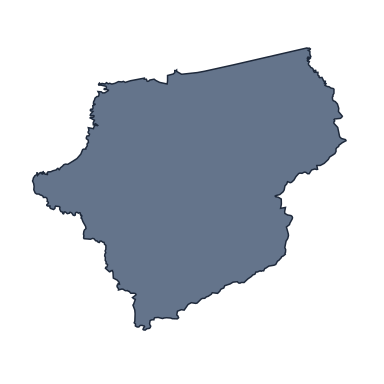 Tuy Duc, Đắk Nông, Vietnam (Robinson projection), rotated 85°
{"feature_id": "81297802B14510014839166", "entity_name": "Tuy Duc", "entity_type": "district", "adm_level": 2, "iso_a3": "VNM", "parent_name": "Vietnam", "parent_adm1": "Đắk Nông", "projection": "robinson", "projection_center": [107.388, 12.134], "detail": "fine", "context": "isolated", "style": "filled", "palette": "slate", "viewbox_px": 384, "rotation_deg": 85, "n_neighbors": 0, "source": "geoboundaries", "source_scale": "gbopen_adm2", "svg_char_len": 5941}
<svg xmlns="http://www.w3.org/2000/svg" viewBox="0 0 384 384"><g transform="rotate(85 192 192)"><path d="M167.1,349.9L169.8,349.0L172.7,348.8L176.0,349.4L179.3,348.3L180.4,347.0L180.8,344.4L181.8,343.4L182.1,342.2L183.3,340.8L184.5,340.5L184.6,338.2L185.4,337.2L187.3,336.7L188.7,337.2L189.6,336.1L190.3,336.0L191.0,336.4L192.1,337.8L192.8,337.8L193.4,337.0L193.6,334.7L195.1,334.9L196.0,334.4L197.4,331.4L196.4,330.0L194.9,329.7L194.2,329.1L194.9,325.6L195.6,324.9L197.6,325.3L200.0,324.4L200.7,322.9L202.1,322.6L202.6,322.1L202.4,321.6L200.7,321.0L200.9,319.8L202.7,318.1L202.4,316.0L201.6,315.5L201.6,314.9L202.5,313.6L204.7,312.4L205.2,311.3L204.8,310.3L202.9,310.0L202.2,309.2L202.2,308.3L203.2,307.0L202.8,305.9L203.2,305.1L204.5,305.2L205.7,304.1L206.0,304.7L207.0,304.0L208.2,304.8L208.8,304.1L211.9,303.3L217.0,301.0L219.2,300.8L220.5,302.5L221.9,303.2L224.6,303.8L226.0,303.5L228.3,304.0L229.1,303.6L230.2,297.2L229.6,295.3L229.9,293.8L232.2,292.2L232.4,290.9L233.3,290.5L234.2,289.0L234.2,288.6L233.0,288.0L232.9,286.8L234.3,285.1L234.5,284.0L236.5,283.7L237.6,282.5L238.2,282.5L241.5,282.8L243.1,283.7L245.1,283.2L246.1,284.1L248.1,284.6L249.4,284.0L252.6,284.4L254.0,283.6L255.9,283.9L256.6,282.7L257.2,282.4L259.3,283.3L259.4,284.4L260.4,284.9L264.3,281.2L264.2,280.4L263.3,279.4L263.3,278.2L263.9,278.4L264.8,277.7L270.9,277.9L273.2,274.3L275.4,272.6L276.3,272.4L277.4,272.3L276.8,273.6L278.0,274.0L278.2,274.6L278.7,274.8L279.9,274.9L282.1,273.6L283.2,273.8L282.6,270.6L282.8,269.2L284.2,267.5L284.6,266.6L284.6,264.8L285.4,264.1L285.5,263.3L287.5,261.8L287.8,258.5L288.2,257.4L289.0,256.7L289.7,256.9L292.0,260.5L293.3,259.2L294.0,257.8L298.8,260.0L299.5,260.7L304.6,259.3L308.3,259.3L315.7,260.2L317.3,261.0L318.5,259.8L320.5,260.1L321.7,258.4L321.8,256.7L320.4,255.2L320.5,253.4L321.4,251.2L322.0,251.0L323.1,252.1L324.6,252.8L325.1,252.4L325.5,250.7L324.3,248.9L324.1,246.4L323.5,245.5L322.0,244.8L320.5,245.6L319.2,245.7L316.4,244.9L315.8,243.2L316.0,241.1L314.6,240.7L314.0,240.1L314.0,236.7L315.5,232.3L315.1,230.9L315.0,228.4L315.7,224.2L316.5,222.7L317.1,217.6L316.1,216.3L314.2,216.9L313.1,217.9L309.5,216.9L308.3,212.9L309.0,210.1L303.7,205.7L302.2,202.3L303.3,198.0L303.1,196.6L299.3,192.0L298.9,190.9L299.0,188.5L297.6,186.7L297.4,185.1L295.5,181.6L294.1,180.6L295.2,175.3L293.2,172.9L291.7,172.0L291.1,171.1L290.4,168.7L288.2,167.6L286.9,162.0L285.4,159.0L285.3,154.7L286.7,153.5L286.9,152.9L286.9,151.8L286.4,150.8L286.7,148.0L283.5,144.0L281.2,140.0L280.0,138.9L279.4,136.5L277.3,135.3L277.4,133.8L276.4,131.0L277.0,130.1L276.6,128.8L276.8,127.5L274.5,126.1L274.3,125.1L272.5,121.9L272.1,116.7L271.5,114.9L268.4,112.9L267.7,111.5L265.2,108.8L264.3,108.4L263.7,106.7L262.2,104.5L261.1,104.7L260.2,104.1L257.5,103.7L255.5,104.4L249.2,102.6L246.7,100.7L243.9,99.7L242.2,99.7L235.1,101.0L233.0,97.7L231.6,97.2L227.4,94.4L226.1,94.1L225.0,94.5L224.1,95.5L223.2,98.8L221.4,101.4L219.5,101.4L215.5,100.2L216.0,105.2L211.8,104.0L206.8,103.7L204.8,106.4L204.0,109.1L203.3,109.5L202.9,108.8L202.2,104.7L199.7,101.2L198.0,100.0L194.1,98.9L192.1,96.8L190.1,96.0L190.0,95.8L191.3,93.4L191.0,92.0L189.0,89.4L185.7,87.1L182.9,84.1L182.6,82.8L183.0,80.8L182.2,78.9L182.0,77.9L182.4,76.8L183.9,75.2L184.0,73.7L180.9,71.3L180.4,70.6L179.8,67.7L180.5,65.7L180.3,64.9L176.5,65.4L176.7,61.8L175.0,57.8L171.4,53.3L169.2,51.9L166.2,46.3L164.2,45.0L161.6,44.8L160.4,43.8L159.5,42.0L158.2,41.5L156.0,38.0L154.3,34.1L153.2,34.5L151.7,38.5L149.8,40.1L140.4,41.2L136.0,44.6L134.7,44.6L133.6,43.6L132.2,44.2L131.7,43.5L131.6,37.9L130.8,36.5L129.6,35.6L124.6,39.1L121.4,38.5L116.9,39.5L114.4,41.4L113.3,43.4L112.0,43.9L109.7,43.9L108.8,43.1L107.8,43.2L106.1,42.0L102.0,41.6L101.3,42.2L100.5,44.6L99.0,46.4L98.8,47.8L97.4,50.2L95.7,49.0L95.3,49.5L95.5,50.6L94.9,50.7L93.9,49.6L93.3,49.5L93.0,51.1L89.2,52.5L89.2,54.9L88.9,55.3L87.5,55.3L87.1,56.0L86.4,56.4L83.8,56.1L83.5,59.2L82.4,58.1L81.6,58.2L81.5,59.0L82.2,60.3L80.0,60.7L78.9,61.6L78.3,62.9L76.9,63.5L75.6,64.7L74.4,64.9L72.2,63.7L71.8,64.3L71.8,65.4L71.0,65.6L69.4,62.9L69.0,63.6L69.4,65.4L68.8,65.5L67.7,64.7L68.3,62.4L67.6,61.8L65.0,62.6L62.4,62.3L61.0,63.8L60.4,61.9L59.8,61.6L58.9,62.6L59.0,64.6L58.5,64.9L68.9,139.2L72.8,169.0L73.5,176.3L73.8,192.1L70.6,196.7L69.2,196.7L69.6,197.2L69.5,198.6L71.6,198.7L72.8,200.4L73.8,206.2L79.4,206.7L82.2,207.4L80.0,214.7L77.7,218.4L76.3,219.9L76.8,224.3L77.8,225.5L77.9,226.5L77.5,227.2L75.7,227.6L75.4,229.8L74.4,229.6L75.8,243.6L77.0,249.0L75.8,250.7L76.2,252.4L75.6,255.6L77.0,259.2L77.5,262.5L76.5,264.5L76.9,266.1L75.6,267.6L76.8,269.3L76.0,272.2L76.6,273.7L75.4,274.7L76.5,275.7L77.4,275.5L77.6,273.4L79.2,268.5L79.9,268.1L81.1,268.3L81.4,268.9L81.3,270.3L82.0,270.6L82.4,270.0L82.5,267.7L83.3,266.4L83.8,266.7L85.6,270.2L85.5,272.4L84.3,273.6L83.7,276.9L86.0,275.9L88.2,276.6L88.6,277.0L88.6,278.4L90.0,280.4L92.1,281.2L93.3,282.1L95.1,282.5L95.8,282.3L95.9,281.1L96.4,281.0L97.2,283.3L99.8,283.3L100.9,283.9L100.6,285.3L101.5,286.2L102.3,286.0L103.1,283.6L105.7,286.3L106.8,286.7L107.2,286.3L107.2,283.6L107.6,283.0L108.5,283.2L108.9,284.0L109.0,286.6L109.3,287.0L112.0,282.9L114.3,284.4L116.5,284.5L116.7,284.0L115.8,282.9L115.6,282.1L117.4,280.1L117.7,280.6L116.9,281.9L117.3,282.9L118.8,284.1L120.3,284.7L118.9,289.7L121.6,289.3L123.2,290.3L123.9,290.3L125.4,289.0L127.0,289.8L127.0,291.7L128.4,292.5L129.7,292.6L131.2,290.9L133.8,290.9L134.4,292.0L135.2,292.4L136.9,292.3L139.0,294.0L139.9,294.0L139.9,296.5L140.3,297.3L144.5,299.4L148.7,303.7L153.6,313.3L153.2,315.7L153.6,317.3L155.1,318.9L156.5,321.1L158.2,322.1L158.0,322.7L156.8,323.4L156.8,323.9L158.2,325.5L158.7,328.7L159.5,330.9L159.4,333.7L160.6,334.8L161.5,334.3L162.0,334.5L161.4,336.9L160.2,337.2L160.9,338.9L160.2,338.9L159.6,338.3L158.9,338.4L159.3,339.4L160.7,340.1L160.5,340.5L159.4,340.9L159.6,341.8L161.9,344.3L159.5,344.3L159.4,344.8L161.1,345.1L162.1,347.1L164.4,348.9L165.5,349.1L167.1,349.9Z" fill="#64748b" stroke="#1e293b" stroke-width="1.5"/></g></svg>